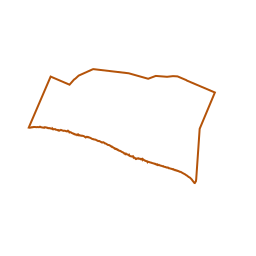 Berisso, Buenos Aires, Argentina (Albers equal-area conic projection), rotated 161°
{"feature_id": "61730980B11593916805025", "entity_name": "Berisso", "entity_type": "district", "adm_level": 2, "iso_a3": "ARG", "parent_name": "Argentina", "parent_adm1": "Buenos Aires", "projection": "albers", "projection_center": [-57.796, -34.898], "detail": "fine", "context": "isolated", "style": "outline", "palette": "amber", "viewbox_px": 256, "rotation_deg": 161, "n_neighbors": 0, "source": "geoboundaries", "source_scale": "gbopen_adm2", "svg_char_len": 5263}
<svg xmlns="http://www.w3.org/2000/svg" viewBox="0 0 256 256"><g transform="rotate(161 128 128)"><path d="M221.7,160.7L221.0,160.3L219.5,160.0L218.9,160.0L218.7,160.1L218.2,159.9L217.9,159.7L217.5,159.8L217.2,159.8L217.0,159.6L216.7,159.5L216.0,159.4L215.4,159.1L214.1,158.5L213.4,158.4L211.8,157.7L211.2,157.8L210.9,157.9L210.7,157.8L210.3,157.5L210.1,157.1L209.9,156.9L209.3,156.7L208.7,156.3L208.2,156.0L207.9,156.0L207.7,155.8L207.4,155.8L207.1,155.5L206.4,155.8L206.3,155.7L205.9,155.6L205.2,155.0L204.9,155.0L204.6,154.7L204.0,154.4L203.8,154.0L203.4,153.9L202.9,153.5L202.7,153.6L201.9,153.3L201.3,152.7L200.5,152.3L199.9,151.7L199.7,151.5L199.5,151.9L199.4,151.7L199.2,151.4L198.9,151.2L198.5,151.0L198.1,150.9L197.7,150.8L197.4,150.7L197.2,150.6L197.0,150.1L196.8,150.0L196.6,149.8L196.3,149.7L196.0,149.5L195.1,148.9L195.0,148.6L194.7,148.3L194.3,148.5L194.1,148.2L193.8,147.9L193.6,148.0L193.8,148.2L193.7,148.2L193.3,148.0L192.8,148.0L192.3,147.8L192.0,147.8L191.9,147.9L191.2,147.3L190.4,146.7L190.1,146.4L189.9,146.3L189.4,146.3L188.7,146.0L188.1,145.6L187.8,145.3L187.4,145.1L187.3,144.9L186.9,144.9L186.4,144.6L185.8,144.9L185.7,144.6L185.6,144.4L185.4,144.5L185.3,144.3L185.2,144.0L184.7,143.6L184.7,143.3L184.7,143.0L184.3,143.1L184.0,142.8L183.5,142.6L182.7,141.5L182.5,141.4L182.0,140.8L181.7,140.7L181.4,140.3L181.2,140.3L181.0,139.8L180.6,139.4L180.4,139.3L180.2,139.4L179.7,138.8L179.5,138.7L179.4,138.6L179.2,138.6L179.0,138.4L177.7,138.3L177.9,137.8L177.5,137.8L177.4,137.5L176.8,137.2L176.7,136.9L176.2,136.8L176.2,137.0L176.0,136.8L175.8,136.7L175.7,136.5L175.3,136.3L175.0,136.2L174.8,135.9L174.5,135.9L174.2,135.7L173.9,135.7L173.6,135.4L172.8,135.0L172.1,134.3L171.8,134.0L171.6,133.5L171.4,133.4L171.3,133.2L171.1,133.1L171.0,132.9L170.8,133.0L170.6,132.9L170.1,133.0L169.9,133.1L169.7,133.1L169.4,132.7L169.1,132.6L169.0,132.4L168.4,132.3L168.0,131.7L167.6,131.6L166.6,130.7L165.6,129.5L165.0,129.0L164.6,128.8L164.3,128.6L164.2,128.6L164.1,128.4L163.2,127.9L162.8,127.7L162.4,127.5L161.7,126.6L160.8,125.9L160.5,125.4L160.2,125.3L159.5,125.0L159.2,124.9L159.0,124.6L158.0,123.5L157.8,123.2L157.5,122.9L157.3,123.0L157.0,122.8L156.6,122.5L156.2,122.6L155.9,122.5L155.1,121.5L154.9,121.0L154.7,121.0L153.9,120.3L153.4,119.7L153.2,119.4L153.0,119.2L152.7,118.7L152.2,118.4L151.9,118.2L151.7,118.2L151.3,117.9L150.9,117.5L150.6,117.0L150.4,116.8L150.3,116.6L150.1,116.3L149.7,116.1L149.7,115.9L149.3,115.7L149.2,115.6L149.2,115.1L148.9,115.0L148.7,114.8L148.4,114.6L148.1,114.0L147.9,113.9L147.2,113.3L147.1,113.0L147.0,112.9L147.1,112.7L146.7,112.5L146.8,112.3L146.7,112.2L146.4,112.2L145.8,112.0L145.6,111.9L145.6,111.5L145.4,111.4L145.2,111.0L145.0,110.9L144.9,110.7L144.7,110.7L144.6,110.4L144.4,110.3L144.3,110.0L144.1,109.9L143.9,109.6L143.7,109.5L143.6,109.4L143.5,109.2L143.1,109.1L142.7,108.8L142.4,108.5L142.0,107.8L141.6,107.4L141.1,106.9L140.7,106.6L140.4,106.1L140.1,105.7L139.9,105.5L139.8,105.1L139.6,105.1L138.8,104.7L139.0,104.5L139.1,104.3L139.0,104.0L138.9,104.0L138.4,104.0L138.0,103.7L137.5,103.5L137.3,103.2L137.0,103.0L136.7,102.8L136.4,102.5L136.3,102.2L136.1,102.2L135.8,102.3L135.8,102.2L136.0,102.1L135.8,101.8L135.9,101.7L135.0,100.6L134.3,100.3L133.7,99.8L133.4,99.8L133.2,99.7L132.9,99.7L133.0,99.5L132.9,99.4L132.6,99.3L132.4,98.8L132.3,98.6L132.3,98.4L132.1,98.5L131.8,98.2L131.7,98.0L130.9,96.9L130.8,96.6L130.8,96.2L130.6,96.0L130.0,96.0L129.8,96.0L129.6,96.3L129.3,96.3L128.7,96.1L128.2,96.0L128.2,95.8L128.1,95.6L127.6,95.3L127.1,95.3L126.8,95.0L126.5,94.9L126.4,94.7L126.1,94.6L126.0,94.3L125.9,94.1L125.7,94.1L125.4,94.2L125.3,94.3L125.2,94.3L125.1,94.0L124.8,94.0L124.7,93.7L124.5,93.8L124.5,93.7L124.4,93.8L124.2,93.8L124.1,93.7L123.7,93.1L123.7,92.9L123.8,92.9L123.7,92.8L123.2,92.4L122.9,92.0L122.8,91.9L122.4,91.6L122.3,91.3L122.2,91.3L121.6,90.9L121.1,90.4L120.8,90.3L120.6,90.1L120.6,89.9L120.5,90.0L120.3,89.8L119.6,89.2L119.2,89.0L118.9,88.7L118.0,88.1L117.4,87.6L117.2,87.6L116.6,87.0L116.1,86.7L115.9,86.6L115.7,86.4L115.3,86.1L114.6,85.6L114.4,85.6L114.3,85.4L114.0,85.1L113.9,85.2L114.0,85.0L113.9,84.9L113.6,85.0L113.3,84.7L113.2,84.5L112.8,84.3L112.5,84.2L112.6,83.9L112.5,83.7L112.2,83.8L112.0,83.7L111.9,83.8L111.5,83.4L111.5,83.1L110.8,83.0L110.8,82.8L110.2,82.4L109.8,82.1L109.4,81.9L109.2,81.6L108.9,81.5L107.7,80.6L107.3,80.5L107.3,80.3L107.1,80.2L106.9,79.9L106.2,79.5L106.0,79.3L105.6,79.1L105.4,79.0L105.4,78.9L104.7,78.4L104.6,78.2L104.3,78.1L103.8,77.7L103.7,77.7L103.5,77.8L103.1,77.6L102.7,77.2L102.6,76.9L102.5,76.7L102.3,76.7L100.5,75.4L100.2,75.3L100.1,75.1L99.9,75.0L99.3,74.7L98.8,74.0L98.7,74.0L98.4,74.1L98.2,73.7L97.8,73.3L97.5,73.2L97.3,72.9L97.1,73.0L97.0,72.9L97.0,72.7L96.9,72.6L96.7,72.6L96.5,72.4L96.3,72.4L95.7,71.7L95.4,71.7L95.2,71.3L94.6,71.1L93.9,70.3L93.6,70.0L93.4,70.0L93.2,69.7L92.4,69.3L92.0,68.8L90.8,67.4L89.2,65.7L88.3,64.4L87.8,63.9L86.5,61.8L85.9,61.3L85.5,60.7L84.4,58.4L84.2,57.5L83.4,55.3L83.2,54.6L83.0,54.3L82.8,54.2L82.5,54.4L82.3,54.8L81.3,55.3L80.3,57.1L60.5,103.9L34.3,133.3L56.8,153.6L57.5,154.5L58.2,155.1L64.4,160.7L68.6,162.4L74.4,163.7L84.8,168.2L92.9,168.0L109.5,179.5L141.5,194.9L142.2,195.0L157.6,193.6L161.7,191.8L163.2,191.4L169.2,188.0L184.4,201.8L221.7,160.7Z" fill="none" stroke="#b45309" stroke-width="2"/></g></svg>